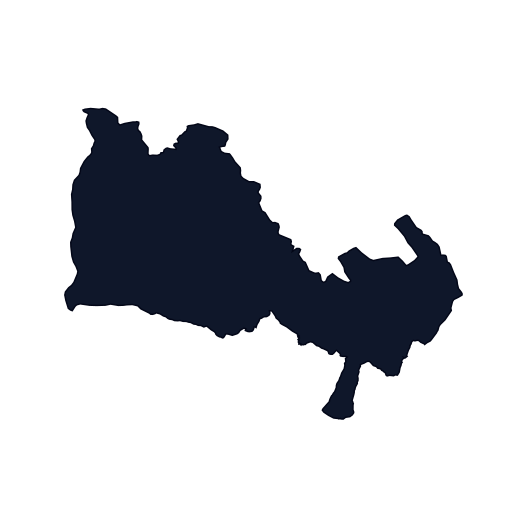 the district of Mehadica, Caras-Severin, Romania, rotated 349°
{"feature_id": "2599482B63819893367743", "entity_name": "Mehadica", "entity_type": "district", "adm_level": 2, "iso_a3": "ROU", "parent_name": "Romania", "parent_adm1": "Caras-Severin", "projection": "robinson", "projection_center": [22.203, 45.07], "detail": "fine", "context": "isolated", "style": "filled", "palette": "ink", "viewbox_px": 512, "rotation_deg": 349, "n_neighbors": 0, "source": "geoboundaries", "source_scale": "gbopen_adm2", "svg_char_len": 6119}
<svg xmlns="http://www.w3.org/2000/svg" viewBox="0 0 512 512"><g transform="rotate(349 256 256)"><path d="M404.7,375.0L407.2,373.7L410.7,372.7L412.0,371.7L418.6,365.7L419.0,364.9L420.3,363.7L422.0,360.2L423.7,358.4L429.3,354.7L437.3,346.8L437.3,344.2L440.2,338.1L441.9,336.4L446.4,335.2L450.7,333.7L451.1,332.6L450.7,330.9L448.5,326.6L448.3,322.3L448.6,317.9L446.7,309.8L445.2,301.6L444.1,299.5L442.6,298.6L442.6,292.6L441.8,291.5L441.2,291.3L439.5,290.8L437.6,290.7L437.4,282.1L436.2,279.2L434.0,276.8L432.0,275.1L430.2,271.0L429.0,269.1L423.5,266.3L423.4,265.0L423.6,263.7L422.8,262.2L418.7,258.7L414.9,249.9L413.8,246.7L411.9,244.8L410.3,244.9L402.0,247.7L398.4,250.7L398.0,252.2L400.9,256.3L405.6,264.9L407.8,272.1L410.8,277.1L414.7,286.1L415.1,287.7L410.9,290.8L403.8,293.8L401.5,294.1L398.7,289.1L395.3,284.3L387.5,283.7L379.9,282.7L370.3,282.9L366.9,280.8L360.0,273.0L355.7,266.9L353.3,267.2L348.4,268.9L346.1,270.4L343.8,270.5L337.0,272.7L336.4,274.2L338.1,277.6L340.3,284.0L340.2,288.5L343.1,295.6L344.3,297.7L343.9,299.0L341.4,299.8L337.4,297.6L332.1,293.1L327.6,288.0L322.4,290.4L319.7,294.2L317.5,294.9L316.1,293.7L315.3,292.4L315.4,286.8L314.1,284.5L311.1,284.4L309.6,283.7L305.1,280.5L303.1,271.7L301.0,270.0L298.6,264.3L298.1,262.1L299.7,260.2L300.9,258.1L299.8,256.9L297.4,256.4L292.5,258.5L294.9,253.7L292.6,251.8L292.5,250.6L293.4,248.5L293.2,246.6L282.6,239.6L282.0,237.9L282.3,236.1L284.2,232.1L284.2,230.3L283.8,228.5L281.0,226.8L278.5,226.5L276.2,223.3L273.1,215.2L270.4,212.9L268.7,204.2L270.5,202.6L271.8,200.3L272.1,198.2L270.1,194.4L270.5,192.8L272.1,191.2L273.2,189.4L273.5,186.4L268.0,182.7L263.3,181.8L258.1,177.4L256.4,174.8L256.4,171.6L257.1,169.1L257.3,166.4L253.1,159.4L251.7,155.4L249.9,151.5L249.4,150.7L244.7,149.2L241.7,146.8L240.8,142.1L243.5,141.9L246.2,142.1L247.0,141.0L247.9,138.7L250.7,135.8L251.3,131.9L247.4,127.1L240.4,122.3L237.9,121.0L234.3,120.2L224.2,115.2L220.4,115.6L214.6,115.3L213.3,115.7L213.3,117.1L211.4,120.2L209.8,120.6L206.0,123.3L204.5,123.3L201.0,126.4L201.6,128.4L201.5,130.0L200.7,130.4L198.6,130.1L197.0,130.6L196.4,132.0L197.9,134.3L198.2,135.3L197.9,136.1L192.2,134.5L189.6,133.1L188.3,133.2L186.1,134.3L184.9,136.8L182.3,136.6L181.3,138.0L178.2,138.4L173.7,137.3L170.8,137.3L170.1,136.8L169.4,135.0L170.5,130.4L170.6,129.0L165.8,120.2L166.7,116.5L166.4,114.2L165.7,111.8L164.4,110.3L164.1,108.2L164.8,106.3L166.2,104.0L166.4,102.3L164.6,101.4L163.2,101.5L160.9,101.0L152.4,100.9L147.3,101.5L145.7,99.0L146.5,93.5L145.2,91.8L136.5,83.1L133.5,82.0L130.1,82.1L121.8,79.7L116.2,79.3L114.0,79.7L114.3,80.7L114.9,81.6L118.4,84.0L118.5,85.4L116.6,88.1L115.0,91.0L114.9,93.2L115.1,97.6L116.6,100.9L118.1,106.2L120.2,111.2L119.8,113.0L118.7,114.3L117.5,116.8L115.1,119.3L114.7,122.8L114.0,124.0L112.1,125.6L109.9,126.7L105.5,130.4L100.6,136.5L99.4,140.2L97.7,143.1L92.3,147.0L90.0,151.1L88.8,155.8L86.8,160.3L85.8,167.9L84.4,175.4L84.1,181.0L84.7,187.3L84.6,193.6L80.8,199.1L79.2,203.3L76.8,207.2L76.1,211.5L75.3,221.2L75.8,227.0L77.4,231.8L78.3,237.0L77.2,239.7L72.2,247.2L69.4,249.7L66.1,251.4L62.1,254.9L60.9,257.8L60.9,263.2L61.8,271.6L63.6,273.6L65.2,274.6L68.8,270.8L70.6,269.7L74.3,269.4L83.2,272.5L90.2,274.1L98.8,275.5L104.0,275.4L111.5,278.2L116.5,279.0L119.9,279.2L125.4,280.0L130.5,282.3L132.9,285.9L140.6,291.8L141.5,293.0L143.4,293.5L145.7,293.3L147.2,292.7L150.9,294.5L153.6,297.1L156.1,298.5L157.6,300.4L158.9,301.4L161.7,302.4L163.7,303.8L166.8,304.6L169.1,304.8L172.0,306.2L175.1,306.9L177.1,308.0L179.3,308.8L181.9,310.9L184.1,311.6L186.0,313.0L188.7,313.7L191.3,315.7L193.6,315.3L194.5,315.6L198.1,320.0L200.6,322.2L201.5,323.6L201.7,325.1L202.7,326.7L204.8,328.4L205.8,328.7L207.5,330.0L208.2,330.0L209.2,329.3L211.2,327.0L212.1,326.8L214.0,327.4L217.6,329.3L222.5,328.7L224.3,327.9L226.1,326.0L229.9,324.6L231.3,324.9L232.3,325.5L232.4,325.9L231.3,326.8L231.3,327.1L233.5,328.5L235.0,329.0L237.7,329.1L239.2,328.0L240.7,325.3L241.5,325.3L242.4,326.2L243.8,323.5L246.5,320.5L247.3,319.0L248.1,318.1L249.5,318.1L252.0,317.1L254.9,317.5L257.2,316.7L258.0,316.1L258.7,314.8L258.7,312.3L261.1,312.9L263.5,318.4L264.0,320.8L266.0,323.2L267.1,325.7L267.1,326.6L268.6,328.1L272.6,331.3L277.4,336.6L282.0,340.6L281.6,341.4L282.0,342.2L282.6,342.4L282.3,342.6L282.6,343.0L281.7,343.1L281.7,343.3L281.9,343.8L282.2,343.6L283.0,344.4L282.9,345.0L281.3,346.0L281.5,346.5L282.1,346.6L282.3,346.9L281.4,347.8L281.2,348.9L281.6,349.3L281.3,350.5L282.2,350.3L282.3,351.0L282.8,351.5L282.8,350.9L283.2,350.7L284.0,351.7L285.7,352.2L286.6,352.0L287.6,352.2L288.9,351.2L292.9,350.5L295.3,351.5L298.4,355.5L300.7,356.6L302.8,358.9L304.6,359.9L308.0,362.4L308.7,363.4L308.9,365.5L309.3,366.1L310.9,366.8L312.3,367.0L313.8,366.2L316.4,364.1L317.0,363.9L319.9,367.7L320.1,368.6L319.7,369.8L320.0,370.3L322.2,371.1L325.6,371.8L326.3,372.6L324.3,373.7L324.0,377.0L322.5,378.3L322.4,380.3L321.0,383.7L317.8,387.3L315.7,391.1L315.3,391.2L313.7,394.1L311.2,396.6L310.3,398.3L309.7,400.6L307.3,404.3L305.8,405.5L304.4,407.2L303.5,407.7L301.7,410.1L300.6,411.9L300.3,412.9L292.7,418.7L291.7,420.0L292.8,422.2L296.8,426.2L301.3,429.8L305.7,431.2L306.3,431.7L307.8,431.5L308.2,432.1L310.5,432.7L313.2,431.4L317.5,431.6L320.2,430.3L321.9,428.6L322.1,427.7L321.8,425.4L322.9,420.2L323.3,419.7L323.0,417.1L322.7,416.2L325.4,410.9L326.3,408.8L326.8,406.8L327.7,405.7L328.2,404.3L329.1,402.9L330.8,400.9L331.2,400.2L331.2,399.2L332.3,397.8L332.8,395.5L332.8,393.2L334.8,389.7L335.0,389.0L334.8,387.8L336.6,385.1L337.3,384.5L337.8,382.4L341.4,381.8L344.4,380.8L345.7,380.7L347.1,381.1L348.0,382.0L350.3,385.9L352.9,387.4L353.6,388.3L354.0,389.3L356.8,390.5L357.6,392.2L358.6,392.9L359.5,394.2L360.6,395.1L361.0,397.8L361.8,398.7L364.4,398.6L368.3,399.8L369.8,399.2L372.1,399.9L374.4,397.3L376.1,393.0L377.4,391.1L378.2,389.1L379.1,388.3L378.7,387.7L379.4,386.0L380.9,384.8L382.1,384.5L381.7,383.8L382.9,384.5L385.2,383.3L384.8,382.7L385.7,380.7L387.6,377.5L389.6,374.9L389.8,373.5L390.2,373.5L390.3,372.9L391.2,372.2L392.6,369.7L394.4,368.9L395.8,369.6L398.0,369.5L399.7,370.0L401.3,372.1L404.5,374.4L404.7,375.0Z" fill="#0f172a" stroke="#020617" stroke-width="1.5"/></g></svg>